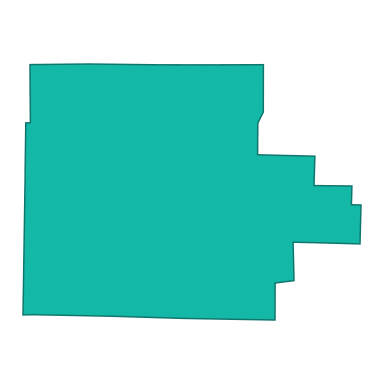 outline of Garland, Arkansas, United States of America
{"feature_id": "52423323B93993712170814", "entity_name": "Garland", "entity_type": "district", "adm_level": 2, "iso_a3": "USA", "parent_name": "United States of America", "parent_adm1": "Arkansas", "projection": "mercator", "projection_center": [-93.096, 34.581], "detail": "fine", "context": "isolated", "style": "filled", "palette": "teal", "viewbox_px": 384, "rotation_deg": 0, "n_neighbors": 0, "source": "geoboundaries", "source_scale": "gbopen_adm2", "svg_char_len": 487}
<svg xmlns="http://www.w3.org/2000/svg" viewBox="0 0 384 384"><path d="M30.1,83.9L30.4,122.8L25.8,122.8L25.1,172.7L25.1,178.3L23.0,314.9L33.7,314.7L110.7,316.2L120.5,316.5L183.3,318.4L275.0,320.0L275.1,283.0L294.0,280.6L293.1,242.2L312.4,242.6L360.0,243.9L361.0,205.0L351.4,204.8L351.7,194.9L351.9,186.0L314.0,185.6L314.9,156.2L257.6,154.8L257.8,123.1L263.3,112.1L263.4,64.7L205.3,64.9L157.6,64.8L88.6,64.0L30.0,64.6L30.1,83.9Z" fill="#14b8a6" stroke="#0f766e" stroke-width="1.5"/></svg>